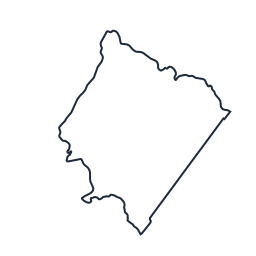 Upper West, Mercator projection, rotated 127°
{"feature_id": "GHA-2157", "entity_name": "Upper West", "entity_type": "Region", "adm_level": 1, "iso_a3": "GHA", "parent_name": "Ghana", "parent_adm1": "", "projection": "mercator", "projection_center": [-2.051, 10.34], "detail": "fine", "context": "isolated", "style": "outline", "palette": "slate", "viewbox_px": 256, "rotation_deg": 127, "n_neighbors": 0, "source": "natural_earth", "source_scale": "10m", "svg_char_len": 3810}
<svg xmlns="http://www.w3.org/2000/svg" viewBox="0 0 256 256"><g transform="rotate(127 128 128)"><path d="M190.4,53.1L204.0,53.5L205.3,54.0L203.2,58.8L202.7,60.9L202.9,62.6L202.8,64.1L202.6,65.0L202.2,65.8L202.0,66.4L202.1,67.0L202.2,67.6L202.2,72.2L201.8,72.9L201.3,73.3L200.7,73.5L200.2,73.8L199.9,74.2L198.3,75.4L197.5,76.5L197.3,77.4L197.2,78.8L197.1,79.5L197.0,79.9L195.5,81.3L194.0,83.1L193.4,83.5L192.3,84.0L191.7,84.4L191.0,84.9L190.0,86.1L189.6,87.0L189.3,88.0L188.7,91.1L188.8,92.1L188.9,92.9L189.3,93.9L189.5,94.4L190.1,98.3L190.3,98.9L190.5,99.4L190.8,99.9L191.2,101.0L191.5,101.4L191.9,101.7L192.6,101.8L193.2,101.8L193.9,101.9L194.4,102.2L194.7,102.6L195.0,103.1L195.2,103.6L195.4,104.1L195.8,104.4L196.3,104.7L196.7,105.0L197.0,105.3L197.5,105.9L197.8,106.2L198.3,106.4L199.6,106.6L200.2,106.7L201.7,107.5L202.1,107.9L202.4,108.6L202.3,109.3L202.1,110.3L202.2,110.9L202.6,112.1L202.8,112.6L203.2,113.0L204.0,113.6L204.9,114.1L206.0,115.1L206.3,115.3L206.5,115.3L206.8,115.2L207.2,114.9L208.2,113.6L208.7,113.4L209.2,113.3L209.8,113.3L210.8,113.8L211.3,114.4L211.8,115.3L212.3,117.2L212.6,119.5L212.4,121.2L212.3,121.9L211.6,122.6L208.1,121.4L204.2,119.4L201.9,118.5L200.5,118.3L199.7,118.4L199.0,118.4L198.2,118.7L197.7,119.0L197.3,119.3L195.9,121.1L193.8,125.2L193.1,126.1L191.6,127.6L187.3,130.8L185.9,132.1L184.9,133.6L184.3,134.7L184.1,135.3L183.8,136.6L183.6,140.9L183.4,141.5L183.2,142.2L181.5,145.4L181.1,146.2L181.1,146.9L181.8,147.7L190.0,155.0L190.8,155.8L191.2,156.6L191.0,157.3L190.5,157.7L189.4,158.1L188.0,158.8L187.6,158.9L187.0,159.0L186.4,158.9L185.8,158.9L184.7,158.4L184.2,158.3L183.6,158.4L183.1,158.6L181.8,158.8L181.1,159.1L181.0,159.4L181.3,159.7L183.1,160.1L183.6,160.4L183.9,160.9L183.8,161.7L183.4,162.2L182.8,162.4L182.2,162.4L181.6,162.3L180.9,162.3L180.4,162.3L178.9,163.1L178.2,163.3L177.4,163.7L176.9,164.2L176.5,164.6L176.3,165.1L175.9,166.3L175.8,166.9L175.9,168.8L175.9,169.3L175.9,169.9L176.1,170.4L177.0,171.7L177.2,172.3L177.3,172.9L177.2,173.7L177.1,174.6L176.7,175.8L176.5,177.0L176.1,177.7L175.7,178.1L175.2,178.4L172.7,179.1L171.7,179.9L171.0,180.7L170.1,182.3L169.5,182.9L168.9,183.3L166.2,183.3L160.3,182.6L159.8,182.6L158.1,182.9L156.8,183.0L149.8,182.6L135.8,185.7L131.8,185.8L129.2,185.5L127.9,185.2L125.1,185.0L123.6,185.0L122.4,185.2L118.9,186.2L118.2,186.3L108.7,185.6L108.1,185.6L98.2,188.7L96.9,188.9L91.5,189.0L89.9,189.3L88.3,189.8L87.4,190.2L86.8,190.5L86.4,190.9L85.8,191.8L85.5,192.3L84.8,194.3L84.3,195.2L83.7,195.6L83.0,195.9L81.1,196.4L80.4,196.7L79.8,197.1L79.5,197.5L78.9,198.6L78.4,199.3L77.5,200.3L76.6,200.9L75.8,201.2L63.7,202.9L62.9,202.3L62.5,201.3L62.4,200.3L61.9,199.4L60.9,198.9L60.3,199.0L59.7,198.9L58.9,197.9L58.1,195.6L58.5,193.4L60.3,189.7L64.0,185.6L64.7,184.5L64.4,183.4L61.9,179.3L61.4,176.5L62.4,171.6L62.5,168.8L61.8,166.8L59.4,163.1L58.9,160.9L58.9,155.1L58.9,151.6L57.7,146.7L57.8,144.5L59.2,142.2L61.4,140.5L62.2,139.6L62.5,138.1L62.5,136.7L62.1,136.1L61.4,135.8L60.3,135.1L59.3,134.8L58.4,134.8L57.7,134.5L57.4,133.3L57.0,132.5L56.1,132.3L55.0,132.2L54.1,131.8L53.2,130.0L53.2,127.7L53.7,125.5L54.5,123.9L55.2,122.9L56.1,122.2L57.1,121.8L58.5,121.7L59.7,121.3L60.6,120.2L61.1,119.2L60.7,118.7L58.1,118.7L56.3,118.4L55.0,117.7L51.2,114.4L50.4,113.0L50.1,110.9L49.8,110.3L48.3,108.9L47.8,108.3L47.5,107.2L47.3,104.9L47.1,103.8L43.9,98.0L43.4,96.0L43.7,94.9L45.2,92.3L45.8,90.5L46.1,90.1L46.3,89.6L46.3,88.9L46.0,88.4L45.5,88.1L45.1,88.1L44.9,88.1L44.8,87.6L44.5,86.5L44.8,85.8L46.0,84.7L46.6,83.6L47.0,81.1L48.8,78.2L49.9,73.1L50.7,70.8L52.2,69.2L53.9,67.8L55.3,66.2L55.9,63.7L55.3,61.7L54.1,59.7L53.5,57.6L53.8,56.8L53.6,56.2L62.9,56.4L62.9,57.5L65.3,57.5L75.3,57.4L96.3,57.2L122.2,57.0L146.4,56.7L169.9,56.5L186.6,56.3L187.8,55.6L188.6,53.7L190.4,53.1Z" fill="none" stroke="#1e293b" stroke-width="2"/></g></svg>